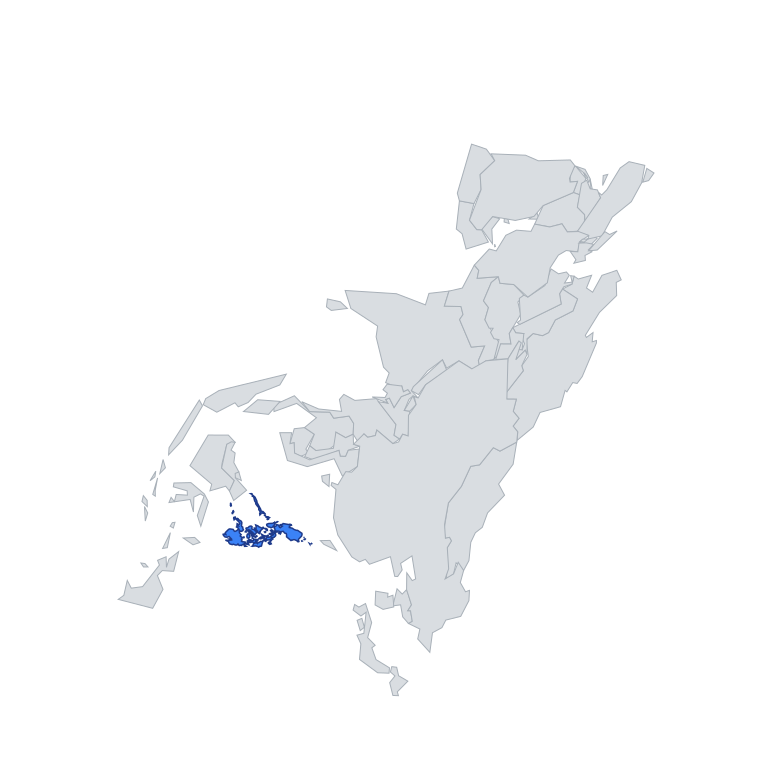 Asia, with Philippines highlighted, rotated 109°
{"feature_id": "PHL", "entity_name": "Philippines", "entity_type": "country or territory", "adm_level": 0, "iso_a3": "PHL", "parent_name": "Asia", "parent_adm1": "", "projection": "albers", "projection_center": [122.681, 12.951], "detail": "fine", "context": "in_parent", "style": "filled", "palette": "blue", "viewbox_px": 768, "rotation_deg": 109, "n_neighbors": 45, "source": "natural_earth", "source_scale": "50m", "svg_char_len": 18622}
<svg xmlns="http://www.w3.org/2000/svg" viewBox="0 0 768 768"><g transform="rotate(109 384 384)"><path d="M393.8,239.7L385.7,242.0L381.8,248.2L372.5,245.2L367.8,252.9L355.3,253.9L358.3,262.9L354.7,266.4L326.1,256.6L321.9,259.7L311.0,256.5L296.5,263.9L287.7,259.4L286.7,249.9L281.8,245.1L267.7,242.9L253.4,229.1L240.6,228.7L236.1,246.1L228.4,238.8L220.2,239.3L221.5,234.5L213.6,223.1L227.3,223.8L229.3,216.6L210.3,213.3L200.7,200.9L208.3,193.6L212.3,197.5L224.6,192.8L246.2,203.6L272.4,209.5L274.1,207.8L267.3,203.1L276.3,200.9L273.7,197.3L276.1,196.5L312.5,199.0L320.6,201.6L321.2,206.0L331.9,208.5L331.1,210.7L348.0,209.7L360.1,227.2L376.1,228.9L393.8,239.7Z" fill="#d9dde1" stroke="#a8b0b8" stroke-width="1"/><path d="M236.1,246.1L240.6,228.7L253.4,229.1L267.7,242.9L281.8,245.1L286.7,249.9L287.7,259.4L294.7,263.5L309.4,258.4L306.1,261.5L318.2,267.3L311.3,269.6L305.6,268.1L306.7,264.5L300.0,264.3L294.8,269.4L290.8,268.2L292.7,276.1L288.8,280.6L250.7,242.5L241.5,247.4L236.1,246.1Z" fill="#d9dde1" stroke="#a8b0b8" stroke-width="1"/><path d="M671.4,529.7L674.2,565.2L668.5,561.2L653.3,562.8L659.3,556.5L654.2,546.3L628.3,537.4L624.4,540.7L618.3,533.8L628.2,530.0L619.6,530.3L609.3,523.6L629.6,521.9L632.6,532.9L638.9,535.9L650.1,526.1L671.4,529.7ZM577.0,567.9L573.9,574.6L567.9,575.2L571.1,570.1L577.0,567.9ZM632.4,555.6L631.6,551.6L633.8,547.6L635.3,551.8L632.4,555.6ZM535.5,495.3L532.2,500.4L541.7,513.8L534.8,514.3L524.4,540.9L489.5,533.6L483.0,514.5L487.6,505.8L492.2,513.0L511.5,511.3L516.3,510.2L524.0,494.1L535.5,495.3ZM594.1,537.6L609.3,535.6L611.6,539.8L594.1,537.6ZM588.1,539.9L584.0,539.0L582.8,536.6L588.8,536.3L588.1,539.9ZM593.7,506.4L598.2,512.2L595.0,523.7L590.7,513.1L593.7,506.4ZM552.7,511.6L578.1,510.9L569.1,517.7L548.6,517.6L547.7,521.8L552.9,526.9L567.1,522.5L556.3,529.7L566.1,548.7L560.5,548.4L563.4,543.9L556.1,544.5L553.1,533.7L549.1,535.3L549.8,549.7L546.0,550.4L540.1,534.5L546.5,518.0L552.7,511.6ZM551.6,573.7L540.7,571.4L546.4,570.4L551.6,573.7ZM546.5,567.5L559.1,565.7L564.5,563.7L563.7,566.7L546.5,567.5ZM534.4,563.4L541.7,566.8L527.3,568.3L534.4,563.4ZM463.8,548.5L502.8,556.3L521.1,564.6L514.2,566.5L459.3,553.4L463.8,548.5ZM450.3,518.8L465.1,532.9L462.4,548.2L455.8,547.8L443.8,537.8L406.5,479.6L418.8,482.2L435.3,501.7L445.8,506.5L453.0,514.4L450.3,518.8Z" fill="#d9dde1" stroke="#a8b0b8" stroke-width="1"/><path d="M577.8,570.6L582.9,565.4L591.3,565.1L577.8,570.6Z" fill="#d9dde1" stroke="#a8b0b8" stroke-width="1"/><path d="M126.8,256.0L120.2,261.7L115.6,273.8L115.6,263.8L123.0,255.7L126.8,256.0Z" fill="#d9dde1" stroke="#a8b0b8" stroke-width="1"/><path d="M132.3,252.6L123.2,255.7L132.2,250.4L132.3,252.6Z" fill="#d9dde1" stroke="#a8b0b8" stroke-width="1"/><path d="M123.9,260.0L119.0,264.3L122.4,258.7L123.9,260.0Z" fill="#d9dde1" stroke="#a8b0b8" stroke-width="1"/><path d="M123.9,260.0L141.4,260.4L141.3,267.3L129.4,267.0L132.5,273.8L120.7,277.4L115.6,273.8L123.9,260.0Z" fill="#d9dde1" stroke="#a8b0b8" stroke-width="1"/><path d="M190.1,328.4L202.4,332.5L216.2,327.0L205.1,342.8L190.3,335.8L190.1,328.4Z" fill="#d9dde1" stroke="#a8b0b8" stroke-width="1"/><path d="M187.0,324.5L187.8,320.5L191.5,317.9L191.7,323.2L187.0,324.5Z" fill="#d9dde1" stroke="#a8b0b8" stroke-width="1"/><path d="M177.7,291.0L180.8,300.6L172.5,294.9L177.7,291.0Z" fill="#d9dde1" stroke="#a8b0b8" stroke-width="1"/><path d="M141.3,267.3L141.4,260.4L153.9,258.7L158.5,249.5L167.3,246.7L176.5,250.8L180.5,260.2L174.6,267.9L181.6,278.5L183.8,293.6L163.4,291.6L141.3,267.3Z" fill="#d9dde1" stroke="#a8b0b8" stroke-width="1"/><path d="M206.4,341.9L215.8,331.5L229.7,350.3L216.5,359.1L213.9,366.1L186.3,372.3L184.1,357.7L201.3,356.5L207.8,346.5L206.4,341.9ZM218.2,324.1L215.7,324.9L217.7,323.4L218.2,324.1Z" fill="#d9dde1" stroke="#a8b0b8" stroke-width="1"/><path d="M451.1,445.0L454.2,433.5L471.0,436.7L473.8,432.9L479.6,439.2L478.5,446.0L468.8,449.9L471.1,453.5L455.5,454.3L451.1,445.0Z" fill="#d9dde1" stroke="#a8b0b8" stroke-width="1"/><path d="M466.6,434.1L454.2,433.5L451.1,445.0L437.9,436.9L430.8,460.3L445.9,479.0L440.0,481.6L424.3,464.9L434.3,445.3L428.3,426.1L432.7,420.4L425.7,406.6L431.1,399.9L441.5,396.8L447.3,402.8L445.2,413.8L457.2,410.2L465.1,415.8L469.1,426.8L466.6,434.1Z" fill="#d9dde1" stroke="#a8b0b8" stroke-width="1"/><path d="M478.5,435.3L466.6,434.1L469.1,426.8L461.3,410.9L445.2,413.8L447.3,402.8L441.5,396.8L450.9,393.2L450.7,386.7L458.3,396.2L464.9,396.7L466.6,401.8L461.4,405.0L478.7,425.5L478.5,435.3Z" fill="#d9dde1" stroke="#a8b0b8" stroke-width="1"/><path d="M441.5,396.8L431.1,399.9L425.7,406.6L432.7,420.4L428.3,426.1L434.3,445.3L427.5,456.0L428.9,437.7L423.7,415.2L413.1,421.1L406.9,418.6L409.0,406.2L400.3,386.4L418.4,359.5L429.2,357.8L430.9,351.4L437.5,356.2L429.9,375.8L435.6,375.4L439.7,382.1L437.7,386.7L447.8,389.1L441.5,396.8Z" fill="#d9dde1" stroke="#a8b0b8" stroke-width="1"/><path d="M460.1,455.5L471.1,453.5L468.8,449.9L478.5,446.0L479.9,429.6L461.4,405.0L466.6,401.8L464.9,396.7L458.3,396.2L453.5,386.1L470.7,382.3L484.6,393.4L470.9,406.8L487.1,429.6L487.8,450.4L464.0,466.7L460.1,455.5Z" fill="#d9dde1" stroke="#a8b0b8" stroke-width="1"/><path d="M602.5,282.8L598.1,290.5L587.4,296.4L590.9,303.4L573.4,305.0L576.7,298.4L571.1,295.7L575.1,292.5L583.9,286.1L590.6,287.7L589.8,285.1L599.2,280.0L602.5,282.8Z" fill="#d9dde1" stroke="#a8b0b8" stroke-width="1"/><path d="M580.8,306.8L591.6,302.2L597.4,311.5L595.8,320.5L582.6,324.4L580.6,312.1L584.3,311.2L580.8,306.8Z" fill="#d9dde1" stroke="#a8b0b8" stroke-width="1"/><path d="M395.7,239.6L417.8,235.8L441.3,243.1L449.9,233.8L472.1,244.1L487.5,244.4L494.9,249.2L505.4,250.4L523.3,246.2L534.4,248.0L529.6,257.6L540.9,256.4L549.1,261.1L518.1,270.9L510.4,269.2L507.7,272.2L509.9,275.7L502.8,279.7L475.5,284.4L455.6,277.5L433.6,275.2L429.3,267.3L408.6,259.9L409.7,252.5L395.7,239.6Z" fill="#d9dde1" stroke="#a8b0b8" stroke-width="1"/><path d="M430.9,351.4L429.2,357.8L418.4,359.5L402.6,383.5L400.9,374.2L398.1,377.5L395.6,374.3L403.0,366.8L390.3,363.6L384.0,356.1L381.7,359.6L385.1,363.1L380.1,366.6L383.1,368.5L382.2,382.9L371.9,382.7L368.3,389.9L342.0,406.8L331.3,408.9L323.4,439.9L308.2,451.2L294.6,401.7L295.7,370.6L283.7,371.0L275.0,352.8L290.7,352.3L285.7,336.4L292.6,331.9L298.5,333.5L320.7,313.5L315.2,301.2L331.2,302.4L336.8,298.9L341.1,305.9L337.7,320.7L348.6,329.9L342.1,336.6L357.4,347.1L381.4,355.9L386.1,347.2L385.9,352.7L390.4,355.4L402.4,356.2L401.3,350.8L425.3,344.2L425.4,350.0L430.9,351.4Z" fill="#d9dde1" stroke="#a8b0b8" stroke-width="1"/><path d="M400.9,374.2L400.1,391.0L396.4,378.6L391.6,377.8L389.7,383.1L383.2,381.0L380.1,366.6L385.1,363.1L381.7,359.6L384.0,356.1L390.3,363.6L403.0,366.8L395.6,374.3L398.1,377.5L400.9,374.2Z" fill="#d9dde1" stroke="#a8b0b8" stroke-width="1"/><path d="M401.3,350.8L402.4,356.2L385.9,352.7L392.9,346.9L401.3,350.8Z" fill="#d9dde1" stroke="#a8b0b8" stroke-width="1"/><path d="M382.8,347.9L381.4,355.9L377.0,355.4L342.1,336.6L350.9,328.9L371.1,344.4L382.8,347.9Z" fill="#d9dde1" stroke="#a8b0b8" stroke-width="1"/><path d="M336.8,298.9L331.2,302.4L315.2,301.2L320.7,313.5L298.5,333.5L292.6,331.9L285.7,336.4L290.7,352.3L275.0,352.8L267.8,341.2L242.2,337.3L245.7,331.4L253.7,330.3L245.3,310.8L253.1,315.6L273.0,317.0L277.7,310.1L290.4,309.5L308.0,288.0L325.0,288.0L329.0,295.3L336.8,298.9Z" fill="#d9dde1" stroke="#a8b0b8" stroke-width="1"/><path d="M273.6,277.4L295.5,282.0L304.9,276.9L308.2,286.8L316.0,284.4L325.0,288.0L304.6,289.7L305.4,294.8L300.5,300.1L295.8,299.0L297.0,302.8L290.4,309.5L277.7,310.1L273.0,317.0L253.1,315.6L245.3,310.8L251.0,307.1L247.7,293.7L254.4,280.7L262.9,284.1L273.6,277.4Z" fill="#d9dde1" stroke="#a8b0b8" stroke-width="1"/><path d="M288.8,280.6L292.7,276.1L290.8,268.2L306.7,264.5L307.7,268.4L299.4,270.4L319.9,275.0L324.4,286.4L308.2,286.8L304.9,276.9L295.5,282.0L288.8,280.6Z" fill="#d9dde1" stroke="#a8b0b8" stroke-width="1"/><path d="M309.4,258.4L321.9,259.7L326.1,256.6L354.7,266.4L319.9,275.0L299.4,270.4L300.4,267.6L318.2,267.3L306.1,261.5L309.4,258.4Z" fill="#d9dde1" stroke="#a8b0b8" stroke-width="1"/><path d="M220.2,239.3L228.4,238.8L233.6,245.7L241.5,247.4L250.7,242.5L283.4,275.0L282.6,278.1L279.1,275.7L259.0,283.9L254.4,280.7L255.0,276.3L238.5,263.9L220.8,263.6L223.0,254.9L218.7,248.0L220.9,244.2L229.8,246.2L226.4,239.3L220.8,242.8L220.2,239.3Z" fill="#d9dde1" stroke="#a8b0b8" stroke-width="1"/><path d="M183.8,293.6L181.6,278.5L174.6,267.9L180.5,260.2L175.1,246.0L176.8,238.7L185.5,245.1L195.9,243.8L198.5,255.2L205.4,261.1L220.0,264.7L235.1,262.5L255.0,276.3L247.7,293.7L251.0,307.1L245.3,310.8L253.7,330.3L245.7,331.4L242.2,337.3L222.1,328.4L221.6,321.2L203.7,317.2L195.4,308.8L191.8,294.7L183.8,293.6Z" fill="#d9dde1" stroke="#a8b0b8" stroke-width="1"/><path d="M125.3,258.7L132.3,252.6L131.0,245.4L137.4,239.8L165.0,246.8L158.5,249.5L153.9,258.7L130.0,262.6L125.3,258.7Z" fill="#d9dde1" stroke="#a8b0b8" stroke-width="1"/><path d="M187.3,245.5L175.9,234.0L176.8,229.9L185.8,234.2L187.3,245.5Z" fill="#d9dde1" stroke="#a8b0b8" stroke-width="1"/><path d="M176.5,250.8L137.4,239.8L132.9,243.8L134.4,239.7L127.8,236.5L102.8,231.0L94.0,224.7L92.4,208.6L109.9,205.9L131.1,209.5L151.9,222.5L173.0,226.1L180.5,238.4L176.8,238.7L176.5,250.8ZM96.6,197.4L105.5,200.0L108.9,205.0L94.6,205.7L96.6,197.4Z" fill="#d9dde1" stroke="#a8b0b8" stroke-width="1"/><path d="M331.6,457.8L329.8,463.5L322.0,465.2L320.5,452.0L324.5,443.2L331.6,457.8Z" fill="#d9dde1" stroke="#a8b0b8" stroke-width="1"/><path d="M491.3,413.0L487.0,406.0L498.9,402.6L496.1,410.5L491.3,413.0ZM319.9,275.0L358.3,262.9L355.3,253.9L367.8,252.9L372.5,245.2L381.8,248.2L385.7,242.0L395.7,239.6L409.7,252.5L408.6,259.9L429.3,267.3L433.6,275.2L455.6,277.5L475.5,284.4L496.9,281.1L509.9,275.7L507.7,272.2L510.4,269.2L518.1,270.9L537.7,262.7L548.5,262.8L540.9,256.4L528.4,255.8L534.4,248.0L546.9,247.2L553.9,239.3L551.3,236.0L561.1,233.2L578.7,235.8L587.1,248.7L595.5,249.9L603.4,257.2L622.8,253.3L614.1,269.1L604.0,270.3L602.5,282.8L599.2,280.0L589.8,285.1L590.6,287.7L583.9,286.1L571.1,295.7L555.1,301.0L560.7,293.3L558.0,290.6L537.4,301.6L548.2,309.9L553.9,306.3L561.6,308.4L562.4,311.2L545.2,321.7L559.2,339.1L555.9,344.6L560.1,349.2L558.0,358.1L541.8,378.5L526.9,388.2L499.3,395.1L497.1,401.0L494.1,401.2L494.3,394.8L479.3,391.6L477.9,385.9L470.7,382.3L450.7,386.7L450.9,393.2L437.7,386.7L439.7,382.1L435.6,375.4L429.9,375.8L437.5,356.2L434.0,351.3L425.4,350.0L425.3,344.2L405.6,350.7L392.9,346.9L386.0,351.5L386.1,347.2L371.1,344.4L337.7,320.7L341.1,305.9L329.0,295.3L319.9,275.0Z" fill="#d9dde1" stroke="#a8b0b8" stroke-width="1"/><path d="M556.9,374.5L555.2,388.6L552.8,393.2L549.5,384.2L556.9,374.5Z" fill="#d9dde1" stroke="#a8b0b8" stroke-width="1"/><path d="M191.3,230.4L197.0,235.8L201.6,233.8L208.0,243.8L204.0,243.0L198.0,251.1L195.9,243.8L187.3,245.5L184.7,238.7L183.7,231.2L190.6,234.4L191.3,230.4ZM185.5,245.1L182.4,243.4L180.5,238.4L184.7,240.9L185.5,245.1Z" fill="#d9dde1" stroke="#a8b0b8" stroke-width="1"/><path d="M163.4,213.4L187.9,226.0L191.5,234.0L168.0,224.7L169.2,219.4L163.4,213.4Z" fill="#d9dde1" stroke="#a8b0b8" stroke-width="1"/><path d="M434.3,476.6L450.3,483.3L455.8,507.9L440.0,498.3L434.3,476.6ZM535.5,495.3L524.0,494.1L516.3,510.2L492.2,513.0L488.4,509.6L487.6,505.8L496.3,507.1L497.7,502.3L507.2,500.4L514.4,492.6L521.0,494.0L529.2,479.3L543.1,488.2L535.5,495.3Z" fill="#d9dde1" stroke="#a8b0b8" stroke-width="1"/><path d="M521.7,487.5L521.0,494.0L517.0,495.6L514.4,492.6L521.7,487.5Z" fill="#d9dde1" stroke="#a8b0b8" stroke-width="1"/><path d="M659.1,296.0L652.4,317.5L637.2,321.3L630.3,327.8L626.3,321.9L605.6,326.6L610.9,330.3L607.8,339.6L602.0,340.0L603.1,335.1L597.6,330.0L613.6,318.0L629.1,316.9L633.9,307.3L637.4,309.6L647.2,301.8L650.6,286.4L655.8,285.1L659.1,296.0ZM670.7,271.2L674.0,268.9L675.6,274.2L664.5,281.4L656.5,278.6L654.2,284.2L648.7,284.6L647.7,279.8L655.1,275.2L657.2,264.7L670.7,271.2ZM612.8,328.6L620.4,323.4L624.9,326.2L616.2,332.5L612.8,328.6Z" fill="#d9dde1" stroke="#a8b0b8" stroke-width="1"/><path d="M184.1,357.7L186.3,372.3L179.7,376.8L128.7,379.3L128.6,363.7L136.8,352.0L154.7,361.3L168.5,355.5L184.1,357.7Z" fill="#d9dde1" stroke="#a8b0b8" stroke-width="1"/><path d="M115.5,274.6L129.2,275.6L132.5,273.8L129.4,267.0L141.3,267.3L163.4,291.6L176.8,296.8L186.6,313.1L190.3,335.8L206.4,341.9L207.8,346.5L201.3,356.5L168.5,355.5L154.7,361.3L136.8,352.0L131.5,357.7L121.6,324.7L122.7,310.7L111.5,280.8L115.5,274.6Z" fill="#d9dde1" stroke="#a8b0b8" stroke-width="1"/><path d="M125.1,241.9L115.5,244.6L113.0,240.7L125.1,241.9Z" fill="#d9dde1" stroke="#a8b0b8" stroke-width="1"/><path d="M554.6,412.4L558.7,414.3L559.7,414.1L560.3,413.2L560.9,413.3L561.2,414.1L560.5,415.6L560.3,417.9L560.8,419.2L561.6,420.0L561.7,420.7L562.3,421.0L560.2,426.4L558.3,427.0L557.2,427.8L557.3,429.4L556.1,431.3L557.8,434.7L557.4,435.0L557.4,435.6L558.1,438.0L558.9,438.9L560.6,439.4L561.0,439.0L560.5,438.1L562.2,437.1L562.9,437.1L564.6,437.9L565.4,439.2L565.5,440.4L566.3,440.4L566.6,439.9L566.4,439.1L566.7,438.6L567.4,439.2L569.5,439.9L569.7,440.1L569.4,440.6L568.0,441.0L569.5,443.2L569.3,444.1L571.3,444.5L570.9,447.2L569.9,446.5L570.3,445.2L568.5,445.2L566.7,444.5L566.6,443.5L565.9,442.2L564.2,441.2L562.7,439.5L562.0,439.6L562.2,441.0L563.1,442.5L563.2,443.3L562.8,443.6L561.5,441.7L559.8,440.2L558.2,439.3L556.7,439.9L555.8,441.0L554.4,440.8L553.0,439.6L552.4,439.5L551.9,440.1L551.8,437.8L553.5,436.1L553.6,435.2L551.6,433.9L551.6,436.1L550.8,436.3L549.8,434.3L548.8,434.0L547.9,428.3L547.2,427.3L547.2,425.9L547.6,425.5L549.3,427.1L550.5,426.8L550.2,423.7L550.8,421.9L550.9,419.5L550.5,418.0L551.9,413.0L553.0,412.5L554.6,412.4ZM582.0,465.8L583.0,466.0L583.0,466.9L583.7,467.9L583.8,468.5L582.8,470.0L584.1,470.6L584.6,472.2L584.5,474.3L585.3,475.2L585.4,477.7L584.6,479.0L583.2,479.9L583.5,480.6L583.3,483.1L582.4,480.0L581.1,477.2L580.3,477.6L578.6,480.9L579.8,482.2L580.3,483.6L580.3,485.0L579.1,486.8L578.5,487.2L577.9,486.3L577.8,484.5L576.7,485.6L576.1,485.6L572.0,483.6L571.2,482.6L570.6,479.3L571.8,477.7L571.9,476.9L570.5,475.4L568.8,474.5L567.8,474.6L567.2,476.9L566.0,476.2L565.6,475.2L565.0,476.1L564.1,476.2L563.8,475.1L562.8,474.9L562.0,475.6L560.1,479.5L559.1,479.4L558.8,478.8L558.9,478.1L559.6,477.2L560.1,474.6L560.7,473.8L561.5,473.2L564.5,472.6L565.0,472.2L565.3,471.0L566.9,470.2L567.5,469.5L568.9,469.9L569.8,471.0L570.0,472.4L569.3,473.2L569.6,473.2L571.8,472.2L573.0,470.0L574.2,470.5L574.8,470.2L575.1,468.4L575.6,467.9L577.1,468.4L577.5,467.5L579.1,467.6L579.3,466.9L578.6,463.8L578.9,463.3L581.2,464.7L582.0,465.8ZM565.7,467.4L565.0,467.4L564.3,465.9L562.5,465.0L561.7,463.8L561.6,463.0L562.0,462.2L563.4,462.1L564.2,461.5L564.0,459.1L564.8,458.0L564.9,456.9L566.4,456.3L567.9,456.7L568.2,457.5L565.9,462.8L565.8,464.3L566.8,466.2L565.7,467.4ZM577.5,447.4L577.9,448.6L579.1,449.3L578.7,450.7L578.9,452.7L579.6,454.3L579.4,454.8L580.2,455.2L580.3,455.9L579.7,455.4L577.5,455.4L576.4,454.2L575.7,453.0L576.1,451.8L575.5,451.7L574.4,450.3L573.1,449.6L572.2,447.2L573.7,447.4L577.0,447.1L577.5,447.4ZM559.6,451.1L562.8,453.0L564.1,452.8L564.6,453.2L564.4,453.7L565.9,453.2L565.7,454.6L565.1,455.6L563.9,456.3L563.7,457.3L562.3,458.0L560.5,458.4L559.1,459.4L559.2,457.0L559.7,455.7L560.0,452.6L559.8,452.1L558.8,451.7L558.9,451.3L559.6,451.1ZM536.7,468.2L532.2,471.1L533.0,469.1L536.1,466.1L537.4,465.5L542.6,459.8L543.8,459.1L544.3,457.9L544.0,457.0L544.3,456.3L545.4,454.2L545.7,454.3L545.5,456.4L546.4,459.0L544.6,460.0L543.6,461.5L541.2,462.3L541.2,463.2L539.2,466.1L537.5,467.0L536.7,468.2ZM550.5,441.7L553.8,441.9L554.5,442.5L555.0,442.2L556.8,444.0L556.5,445.1L556.8,446.8L556.0,448.7L555.1,449.2L554.5,449.0L553.4,447.5L551.9,443.7L551.1,443.2L550.8,442.4L550.2,442.3L550.5,441.7ZM572.4,453.1L574.2,454.4L575.2,453.9L575.8,454.1L576.4,455.0L576.3,457.4L577.2,458.3L577.8,460.2L577.1,460.4L577.1,460.9L576.2,459.8L576.4,461.8L575.0,461.0L574.8,459.4L575.0,457.5L574.3,456.4L573.1,456.7L572.4,453.1ZM567.8,464.4L566.9,465.3L566.8,464.9L567.2,462.2L569.0,459.3L570.8,454.7L570.6,459.7L568.9,461.3L567.8,464.4ZM574.0,463.2L572.7,464.1L571.3,464.3L570.3,464.2L569.6,463.0L571.6,461.2L572.5,461.1L573.9,461.8L574.0,463.2ZM568.1,447.9L570.1,449.5L570.8,450.7L570.8,451.9L569.0,450.8L569.1,450.5L567.6,449.2L565.9,450.9L566.5,448.2L566.3,447.1L568.1,447.9ZM572.8,439.7L572.3,441.4L571.5,441.7L570.7,440.9L571.2,440.2L571.2,439.1L571.8,438.5L572.8,439.7ZM559.8,482.5L559.1,482.6L558.2,481.4L558.4,481.2L559.7,480.7L561.2,481.5L559.8,482.5ZM548.8,449.5L549.5,449.2L550.1,450.0L550.0,450.4L548.3,450.4L547.5,449.3L547.6,448.7L548.8,449.5ZM558.7,441.5L560.1,442.1L560.1,442.6L559.4,443.6L558.5,442.8L558.7,441.5ZM553.8,484.4L554.8,484.9L555.8,484.9L555.9,485.3L555.3,485.7L554.8,485.3L553.2,485.5L552.9,485.2L553.8,484.4ZM580.2,462.4L579.0,461.2L579.2,460.1L580.0,459.4L580.2,462.4ZM560.2,446.7L559.5,449.9L559.0,448.6L559.4,447.0L560.2,446.7ZM549.3,489.1L548.9,489.6L548.5,489.4L547.6,490.1L546.8,490.2L546.8,489.8L548.8,488.7L549.3,489.1ZM559.6,433.2L559.3,433.8L559.6,434.6L559.1,435.2L558.6,433.0L559.6,433.2ZM563.0,459.3L562.4,459.6L562.4,458.5L563.3,457.8L563.5,458.2L563.0,459.3ZM548.4,452.1L547.9,452.2L547.4,450.7L548.4,450.9L548.4,452.1ZM574.0,453.4L573.3,453.4L572.6,452.4L573.4,452.3L574.0,453.4ZM563.2,448.1L562.8,448.9L561.8,447.9L562.8,447.7L563.2,448.1ZM582.3,463.2L581.9,462.8L582.3,461.5L582.9,463.0L582.3,463.2ZM565.2,444.1L567.0,446.5L564.7,444.4L564.7,444.1L565.2,444.1ZM548.2,458.7L547.0,459.3L546.8,458.7L547.3,458.2L548.2,458.7ZM568.7,466.1L569.0,467.0L568.5,467.2L567.8,466.7L568.7,466.1ZM568.4,446.6L569.3,448.4L568.3,446.8L568.4,446.6ZM531.4,472.8L531.1,474.3L530.8,473.7L530.9,472.9L531.4,472.8ZM575.2,466.9L575.1,467.2L574.4,467.0L574.3,466.4L574.8,466.3L575.2,466.9ZM580.9,478.4L580.8,479.7L580.3,478.7L580.5,478.1L580.9,478.4ZM549.8,440.4L549.8,440.7L548.9,440.2L548.9,439.8L549.8,440.4ZM577.6,461.3L577.9,462.3L577.0,461.1L577.6,461.3ZM559.4,410.5L558.6,411.1L559.2,410.2L559.4,410.5ZM559.2,437.7L560.4,438.9L559.2,438.1L559.2,437.7ZM556.9,408.2L557.0,408.7L556.1,408.2L556.2,407.9L556.9,408.2ZM547.4,453.1L547.2,454.0L546.7,453.7L546.7,453.4L547.4,453.1ZM564.0,476.8L564.7,477.2L563.9,477.4L564.0,476.8ZM575.4,452.8L575.3,453.1L575.0,452.9L574.7,452.1L575.4,452.8ZM569.2,454.6L569.6,455.4L569.1,455.4L569.0,454.8L569.2,454.6ZM533.0,472.0L532.6,472.1L532.6,471.4L533.0,471.5L533.0,472.0ZM581.8,464.2L581.5,464.1L581.7,463.3L581.9,463.7L581.8,464.2ZM555.2,409.2L555.4,410.1L555.1,409.6L555.2,409.2ZM559.7,401.8L559.1,402.5L559.2,401.9L559.7,401.8ZM558.7,399.7L558.6,400.5L558.4,400.5L558.7,399.7ZM572.8,458.3L572.2,458.5L572.5,457.9L572.8,458.3ZM561.0,447.1L560.9,447.6L561.0,447.1L561.0,447.1Z" fill="#3b82f6" stroke="#1e3a8a" stroke-width="1.5"/></g></svg>